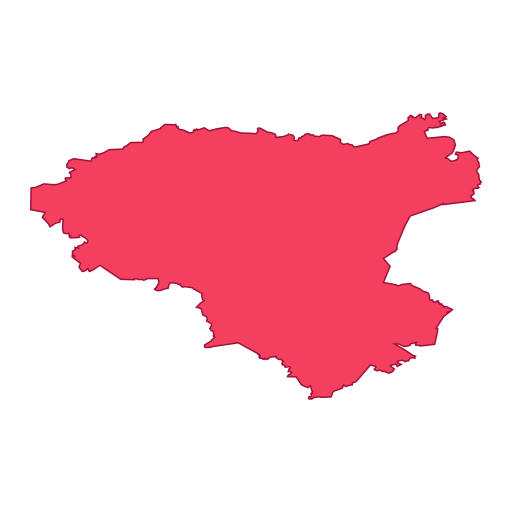 the district of Aronas pag., Madona, Latvia
{"feature_id": "27541924B19624181266417", "entity_name": "Aronas pag.", "entity_type": "district", "adm_level": 2, "iso_a3": "LVA", "parent_name": "Latvia", "parent_adm1": "Madona", "projection": "equal_earth", "projection_center": [26.1, 56.896], "detail": "fine", "context": "isolated", "style": "filled", "palette": "rose", "viewbox_px": 512, "rotation_deg": 0, "n_neighbors": 0, "source": "geoboundaries", "source_scale": "gbopen_adm2", "svg_char_len": 6044}
<svg xmlns="http://www.w3.org/2000/svg" viewBox="0 0 512 512"><path d="M475.0,200.6L473.3,198.8L472.5,199.1L471.5,198.0L471.6,197.4L470.7,197.1L470.6,196.2L473.9,194.1L473.9,191.7L473.2,190.6L472.6,190.7L472.6,190.0L475.1,188.2L477.7,188.4L479.0,187.5L478.1,187.0L477.7,184.6L480.4,184.0L480.4,183.0L481.3,182.0L479.3,179.9L478.7,174.2L476.9,171.9L476.8,169.8L479.6,166.5L479.1,165.4L478.9,162.6L477.5,160.5L477.4,158.8L478.1,158.2L473.8,155.2L469.6,151.1L461.8,152.8L456.2,152.1L455.4,154.4L457.9,154.9L458.3,157.8L456.8,159.7L454.6,160.5L452.5,161.2L450.4,160.9L447.5,158.4L445.3,157.8L452.4,152.8L454.5,148.0L455.4,144.6L453.8,139.8L449.4,137.2L444.1,136.6L427.2,138.3L425.4,134.3L424.4,131.1L427.9,130.4L427.9,128.3L429.2,127.5L432.8,128.0L435.3,127.3L436.0,127.7L441.3,126.3L440.7,125.7L445.4,125.0L444.6,122.7L443.6,122.2L440.6,123.4L439.2,121.4L446.2,119.0L443.4,118.0L445.4,117.5L446.2,116.6L444.0,115.1L443.7,114.1L440.1,112.9L438.9,113.7L438.8,116.4L438.3,117.5L433.4,118.5L432.2,117.7L429.3,113.9L427.4,114.2L425.4,115.3L425.3,118.9L424.3,119.7L423.2,118.2L420.7,117.9L421.8,116.1L421.7,115.1L420.0,114.3L415.4,117.8L412.3,117.0L412.7,116.5L410.7,115.3L408.0,117.8L408.4,120.5L399.5,125.8L397.9,128.0L398.2,131.1L395.7,133.2L392.6,133.4L386.6,134.9L377.6,138.2L376.6,139.2L369.8,141.6L369.0,143.9L355.6,146.9L354.0,146.8L352.2,144.9L349.1,144.4L348.1,143.6L343.5,144.3L341.2,143.3L340.1,142.1L340.8,140.1L340.0,139.2L332.2,135.7L322.0,135.1L319.4,136.6L314.4,136.1L313.4,135.6L313.4,134.9L310.3,135.0L309.8,134.1L308.6,133.8L306.3,133.9L305.2,134.2L304.1,135.7L301.5,136.7L301.1,137.8L298.8,138.0L298.4,140.0L297.9,140.3L295.1,140.7L293.8,140.1L294.4,137.4L293.1,135.4L288.5,134.1L287.6,135.1L283.2,136.6L275.8,137.4L275.8,135.6L275.3,134.3L271.7,132.8L267.4,132.1L260.2,128.2L258.7,128.0L257.5,128.9L258.2,131.1L255.8,133.9L252.5,133.4L240.7,133.0L236.1,131.5L231.6,130.8L228.5,127.9L226.0,127.4L216.9,128.8L209.9,130.6L208.5,130.5L204.4,127.8L198.9,129.7L197.8,129.3L197.2,130.0L196.4,129.1L195.1,130.1L194.3,129.6L194.2,130.1L193.6,130.5L194.2,131.0L193.8,131.6L191.8,132.7L188.7,133.0L188.2,132.1L187.1,132.2L186.9,131.7L183.5,130.1L179.3,129.4L177.7,127.3L177.9,126.7L176.9,126.9L175.7,124.5L173.8,124.8L164.9,124.4L160.6,127.9L160.7,128.5L151.1,131.5L148.4,135.3L143.0,139.2L143.4,141.3L142.4,142.4L130.7,142.5L126.7,145.7L124.2,146.8L122.6,149.1L109.0,149.7L103.8,152.7L99.5,154.2L96.1,153.6L96.9,156.7L96.1,157.0L96.0,156.3L95.2,156.4L94.9,156.6L95.3,157.8L94.2,158.2L92.5,157.7L91.4,159.5L91.5,160.5L90.6,161.1L73.9,158.7L69.0,160.6L68.5,162.4L66.8,164.4L66.9,167.2L69.8,168.7L70.8,167.9L73.0,168.1L75.1,169.7L69.4,172.3L69.5,173.0L70.6,173.8L71.0,174.8L70.8,177.9L65.6,177.9L65.2,178.4L65.5,179.6L66.4,180.9L57.3,184.4L53.7,184.7L43.8,183.9L35.3,187.5L31.1,187.9L30.7,209.7L45.0,212.4L42.3,217.3L48.1,223.4L50.1,226.8L55.7,223.1L59.8,222.1L60.5,219.0L63.0,219.2L62.6,229.6L63.6,232.9L65.7,233.6L69.0,233.5L69.2,235.6L70.3,235.9L69.3,236.8L70.5,237.9L78.7,237.5L79.2,237.3L78.6,237.0L79.1,235.8L80.4,235.0L81.2,235.1L82.3,236.6L84.6,237.3L86.9,239.5L87.8,240.6L87.2,242.9L86.5,243.2L84.4,242.0L83.7,243.5L82.3,244.7L78.0,246.3L77.6,247.2L78.2,247.9L75.0,247.4L75.4,249.5L72.4,251.4L72.7,253.8L72.1,255.0L74.6,256.1L72.3,257.0L80.5,263.4L79.2,266.5L79.3,267.5L82.2,271.5L84.4,271.2L87.9,268.6L89.1,271.2L89.7,271.5L93.7,269.5L99.9,265.3L120.7,279.3L134.0,279.7L133.8,279.4L135.4,278.9L137.0,278.9L138.7,279.6L141.5,279.4L143.8,280.2L147.7,278.6L158.1,278.6L159.0,282.5L156.4,287.3L154.5,289.2L156.9,290.6L160.2,290.6L164.5,288.9L168.1,288.3L169.0,284.2L170.6,283.0L172.5,282.8L176.9,283.4L178.3,284.4L179.4,284.1L181.3,286.3L182.7,287.1L185.1,286.7L192.5,287.8L193.4,288.8L202.5,293.8L201.7,295.5L202.5,299.5L204.0,300.8L200.2,303.4L196.5,307.2L201.1,308.6L202.9,315.1L206.2,316.5L207.2,317.8L206.7,321.2L211.1,323.4L211.7,325.0L209.8,328.6L211.2,330.6L213.2,331.4L213.8,334.5L213.4,335.5L214.2,335.9L213.8,336.4L214.6,336.7L214.4,337.5L211.4,340.3L211.3,340.9L204.6,345.0L204.6,347.0L205.7,347.5L210.0,347.4L212.9,346.5L238.2,342.8L259.1,354.3L258.4,354.6L260.1,355.9L259.0,357.0L259.8,358.3L262.3,358.2L262.9,359.2L264.9,359.4L265.3,359.0L264.7,358.5L265.3,358.2L267.0,359.4L268.7,358.6L269.2,357.6L271.4,356.9L273.8,356.9L275.6,356.0L276.1,356.3L275.9,357.4L277.0,358.3L279.0,359.5L281.6,359.4L281.8,360.2L283.2,361.2L281.9,362.8L282.3,364.9L284.6,365.0L285.2,367.2L289.5,366.7L290.4,367.5L289.8,368.7L289.2,368.7L288.2,371.6L290.1,371.5L291.7,372.6L288.0,375.5L287.5,376.7L295.8,376.8L297.7,379.0L301.2,384.6L305.1,386.7L305.6,386.4L307.9,387.7L310.5,385.7L311.6,390.2L312.5,391.1L311.8,392.6L312.2,393.3L311.0,393.8L311.5,395.0L310.9,396.8L309.3,396.6L308.6,397.2L308.7,398.7L310.3,399.1L311.9,398.9L313.8,397.6L318.6,396.8L321.8,397.3L331.1,396.9L333.2,391.4L342.0,388.3L343.8,384.9L345.5,386.6L350.9,384.9L352.1,385.1L352.6,382.8L356.0,381.7L370.5,365.0L374.7,366.0L376.0,367.0L374.2,369.5L377.2,370.9L378.9,370.0L380.0,370.2L382.6,371.5L384.3,371.4L388.8,373.2L392.4,371.7L394.4,369.0L391.2,366.7L390.4,365.5L395.8,364.0L397.3,366.4L401.2,364.4L397.9,362.8L397.0,361.5L401.3,360.3L404.1,360.8L405.2,361.8L406.8,360.9L408.5,360.9L410.0,358.3L411.6,357.7L414.9,358.1L414.6,357.1L415.5,356.1L412.6,355.2L404.7,349.8L394.6,344.0L398.9,344.0L402.9,346.0L405.5,346.5L410.1,345.3L410.5,343.8L416.3,342.5L415.5,343.7L415.6,345.1L418.8,345.2L420.1,346.0L434.7,344.3L437.6,331.0L437.7,328.5L436.0,328.3L443.7,316.5L448.7,312.7L447.4,312.3L448.2,311.5L449.5,312.1L452.5,309.7L446.8,306.8L443.4,306.7L443.5,306.0L442.6,305.1L441.2,304.9L441.4,303.8L439.5,304.0L439.0,302.6L437.7,302.0L438.5,301.1L437.8,300.8L434.2,302.3L432.4,300.8L432.6,300.0L430.3,299.9L429.2,298.7L429.6,297.1L428.5,293.2L425.3,291.8L423.5,291.6L419.8,288.8L412.1,285.6L410.6,283.5L401.6,284.5L398.6,285.9L395.6,284.7L383.4,282.5L390.1,266.4L383.4,258.5L393.7,251.8L395.1,251.7L395.5,250.5L397.0,249.4L397.0,245.4L398.0,242.4L405.1,225.4L410.2,216.0L433.7,207.8L443.3,203.6L443.2,204.6L475.0,200.6Z" fill="#f43f5e" stroke="#9f1239" stroke-width="1.5"/></svg>